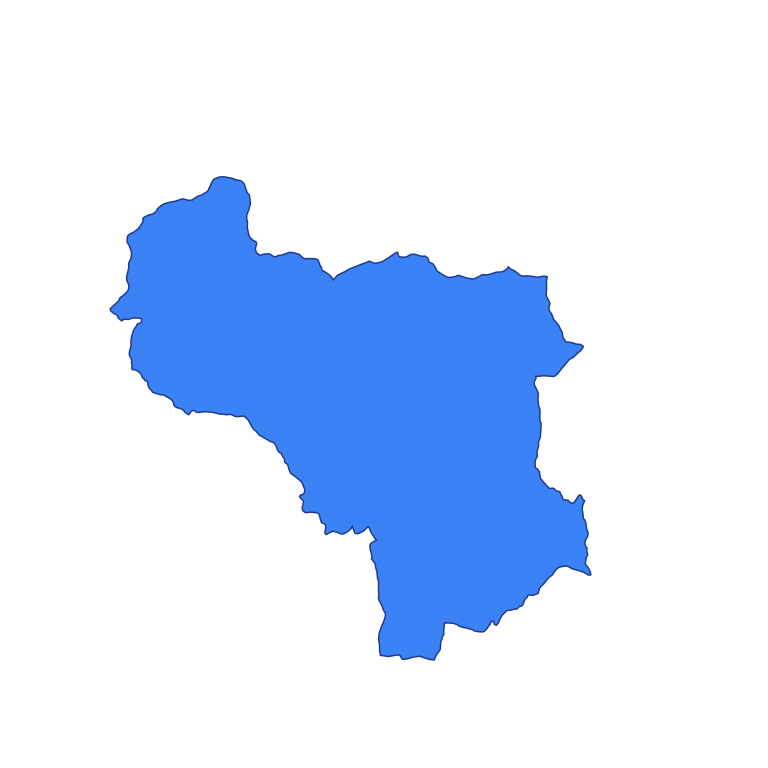 outline of Cusco, Cusco, Peru, rotated 54°
{"feature_id": "86281439B18210308777345", "entity_name": "Cusco", "entity_type": "district", "adm_level": 2, "iso_a3": "PER", "parent_name": "Peru", "parent_adm1": "Cusco", "projection": "natural_earth1", "projection_center": [-71.976, -13.539], "detail": "fine", "context": "isolated", "style": "filled", "palette": "blue", "viewbox_px": 768, "rotation_deg": 54, "n_neighbors": 0, "source": "geoboundaries", "source_scale": "gbopen_adm2", "svg_char_len": 6170}
<svg xmlns="http://www.w3.org/2000/svg" viewBox="0 0 768 768"><g transform="rotate(54 384 384)"><path d="M162.4,561.6L164.8,562.0L168.7,561.0L170.6,559.6L171.4,559.4L174.2,560.2L177.6,559.5L178.7,558.9L179.0,558.2L178.6,557.5L178.7,556.3L181.6,552.7L182.9,548.5L186.6,543.5L187.7,542.3L189.1,542.2L191.3,543.8L191.5,545.1L190.5,547.8L190.8,549.0L191.6,550.1L192.6,553.5L194.3,556.5L198.4,561.5L200.1,563.1L204.0,565.8L208.7,571.4L210.7,572.9L216.3,573.9L218.1,575.7L220.0,576.2L222.8,578.7L224.0,579.1L224.9,578.8L225.7,577.5L227.1,576.5L230.7,575.1L232.1,574.9L233.3,574.8L237.2,575.7L238.9,575.2L240.1,575.5L242.6,574.2L243.8,574.1L246.0,575.5L247.6,576.0L249.9,576.3L252.9,575.9L254.6,576.1L261.6,571.0L262.9,569.0L270.2,565.6L273.4,565.0L275.9,565.4L277.9,566.5L279.8,566.1L281.3,565.5L284.2,563.1L286.3,561.9L291.2,561.4L294.1,559.9L292.8,556.0L293.2,553.9L294.0,553.1L296.2,552.5L296.9,551.9L298.5,550.1L300.3,546.4L303.7,542.0L307.4,538.2L310.9,535.4L316.7,528.9L317.5,527.2L318.9,525.5L322.4,523.7L324.2,522.0L327.3,516.5L329.6,515.6L333.6,515.0L340.5,516.0L344.6,516.0L346.8,515.3L352.0,514.9L363.6,509.8L365.7,508.2L367.7,507.5L369.5,507.5L375.0,509.0L377.6,509.0L380.0,507.9L383.7,508.7L386.1,508.5L387.0,509.3L389.0,510.3L391.5,509.5L393.4,509.5L397.0,511.0L401.5,512.0L408.5,509.7L415.2,508.2L422.8,510.1L424.3,511.4L425.5,513.2L425.7,514.6L424.8,516.6L425.1,517.9L425.8,518.7L430.9,518.0L432.3,518.5L435.7,522.7L438.4,524.1L441.2,523.5L442.4,522.7L444.3,519.1L448.5,514.2L450.3,513.1L451.1,513.0L457.8,515.6L459.6,516.0L461.9,514.4L463.4,514.2L465.5,515.1L469.4,519.1L470.7,519.5L471.9,519.2L472.4,514.5L473.3,511.6L476.5,509.0L479.6,507.3L481.0,505.8L481.7,503.7L482.1,500.6L481.8,496.2L480.6,493.4L487.7,495.2L489.2,493.8L489.9,492.5L490.3,491.1L490.9,486.5L490.1,481.1L490.6,480.5L491.3,480.4L495.8,481.7L501.7,481.9L503.2,482.3L505.9,481.7L505.2,487.3L505.3,488.7L506.7,490.7L509.9,492.4L516.7,495.1L518.1,497.0L522.8,496.7L524.8,497.0L526.9,498.4L531.6,500.0L537.5,503.5L540.5,504.4L548.2,510.1L550.4,511.3L554.2,514.5L556.5,515.2L561.2,515.8L566.8,517.4L570.2,517.6L572.4,519.1L575.7,523.4L579.3,529.5L583.1,534.7L587.5,538.6L592.7,541.1L597.1,544.3L601.4,546.4L607.3,540.3L610.6,533.2L612.4,531.0L613.7,530.6L617.0,531.1L618.3,530.1L620.2,526.2L622.2,520.7L625.2,515.2L633.4,509.2L636.8,505.5L634.3,501.7L631.8,494.6L625.4,489.0L624.8,487.3L623.2,486.2L621.6,482.6L618.7,480.8L612.9,475.5L616.3,470.9L618.7,468.3L621.7,466.2L624.6,465.3L635.0,456.5L636.7,456.2L640.0,453.1L642.8,449.5L643.1,448.0L642.5,445.2L640.7,439.3L639.1,436.7L640.5,434.8L643.3,435.9L645.2,435.0L644.4,431.5L642.1,428.2L640.6,424.5L639.5,418.0L640.0,416.7L641.3,414.8L642.5,411.5L644.2,408.6L643.6,405.3L644.5,403.1L644.1,401.2L641.7,397.7L640.8,395.6L640.8,393.8L639.7,391.8L639.6,391.0L642.6,387.4L644.0,382.5L641.0,378.7L640.0,376.3L639.5,371.7L638.3,368.4L637.4,363.5L637.5,360.2L636.1,356.7L635.2,352.7L635.1,350.7L636.2,347.4L638.4,343.4L640.7,341.8L643.3,340.8L645.2,339.5L649.8,335.8L654.0,333.0L659.0,330.8L659.9,328.8L656.9,327.4L655.5,327.2L653.1,326.8L648.0,326.9L644.6,323.9L641.4,319.3L638.0,318.0L636.4,316.3L632.8,316.1L630.4,314.7L629.1,313.3L626.8,308.7L624.6,306.5L620.0,305.1L615.1,302.4L612.1,301.5L610.2,301.7L609.1,301.3L606.3,299.5L601.9,297.3L599.5,295.3L596.3,290.3L594.2,290.9L590.5,290.2L588.8,290.7L588.6,291.5L591.6,299.8L591.5,301.4L589.2,303.0L586.0,303.5L585.1,305.0L584.2,305.5L583.1,306.9L581.6,306.8L578.8,305.8L577.3,305.9L574.5,305.1L571.6,307.5L568.5,307.9L567.9,308.4L567.0,309.2L566.2,311.0L565.6,311.5L561.2,312.3L559.4,312.2L557.5,312.8L555.1,312.6L552.4,313.0L546.4,309.8L543.0,309.9L541.0,310.7L539.7,310.2L535.0,307.0L532.4,302.4L528.6,299.9L525.0,295.4L521.8,293.2L518.8,288.6L509.2,280.8L507.9,279.9L506.1,279.7L503.9,278.5L496.7,273.1L492.6,271.7L486.5,268.3L483.5,265.5L481.9,264.5L472.6,262.7L470.3,260.9L468.9,257.8L467.0,256.6L469.2,253.5L470.9,250.3L477.9,241.9L477.9,238.1L475.8,230.6L473.0,219.3L473.7,215.8L472.7,207.9L472.8,206.0L471.6,202.1L470.7,200.6L467.4,201.8L465.1,204.7L461.4,207.3L457.0,211.8L456.1,212.1L451.9,211.8L449.3,210.9L447.0,209.5L440.9,208.6L439.6,208.2L430.9,208.8L426.5,207.3L421.0,207.0L419.6,206.1L416.1,202.2L408.5,201.0L406.5,200.0L402.7,196.6L396.0,192.0L393.2,188.9L390.8,191.0L388.0,197.0L383.7,201.1L380.6,204.7L378.0,208.7L375.5,210.3L371.8,211.0L368.4,212.3L366.0,213.7L362.3,214.7L363.2,217.2L362.9,221.7L362.0,223.7L359.5,227.5L357.3,234.3L355.9,237.2L353.5,239.8L352.2,247.9L351.6,250.0L347.3,254.5L340.2,259.6L339.5,260.7L339.1,262.6L337.9,265.5L335.6,269.4L331.6,271.7L323.4,274.8L321.0,274.0L316.3,273.8L314.8,274.1L312.5,275.6L311.2,275.7L308.2,274.5L304.6,275.6L302.9,278.4L297.7,282.4L296.1,284.1L294.9,286.5L294.4,291.0L293.8,292.5L290.7,296.2L289.8,296.9L287.9,296.7L286.4,295.8L285.6,295.7L285.1,296.1L284.7,298.2L284.5,307.7L283.9,314.1L281.9,318.7L280.3,321.2L276.1,323.6L270.7,343.9L270.0,350.2L268.7,357.6L269.9,363.8L267.1,363.6L263.1,364.3L259.6,365.4L255.8,367.2L254.2,366.9L253.0,366.0L250.0,366.0L248.5,365.3L244.4,364.5L241.6,366.7L236.0,374.4L234.3,375.4L229.2,376.5L223.9,380.7L221.5,383.8L221.3,385.5L219.2,391.9L218.2,393.3L217.3,396.7L216.4,398.1L211.3,400.2L208.2,404.9L207.5,407.8L206.6,408.9L202.6,410.0L198.9,408.6L195.7,404.6L194.5,404.1L193.5,404.1L190.4,405.6L185.9,406.3L183.6,405.6L176.9,402.6L173.3,399.6L169.2,397.7L166.6,395.7L163.8,391.2L159.4,385.9L152.1,381.8L149.4,382.2L147.5,381.9L140.2,379.5L136.6,379.9L134.8,380.9L131.6,383.8L128.5,385.8L122.2,391.8L119.9,395.3L118.4,400.6L118.5,402.2L120.1,405.7L124.1,412.5L124.4,414.8L123.8,420.5L122.5,424.9L122.4,431.0L120.7,434.0L116.2,437.7L115.4,439.2L113.3,445.8L111.3,449.8L109.1,455.6L108.7,458.5L109.0,464.1L110.3,466.3L110.7,469.7L109.9,473.1L109.1,474.7L108.2,478.9L108.1,481.0L108.5,481.9L110.8,483.3L112.7,487.7L114.0,492.1L114.0,498.2L113.3,500.4L113.3,502.9L113.7,504.5L114.6,505.7L118.4,508.5L122.1,508.7L124.9,509.5L127.5,510.2L130.3,511.7L134.0,515.3L135.6,518.6L136.9,520.1L139.5,521.7L146.1,529.3L148.9,531.1L153.7,532.3L155.3,533.1L157.6,535.5L158.5,537.9L159.2,543.8L159.0,546.6L160.9,550.2L161.9,559.7L162.4,561.6Z" fill="#3b82f6" stroke="#1e3a8a" stroke-width="1.5"/></g></svg>